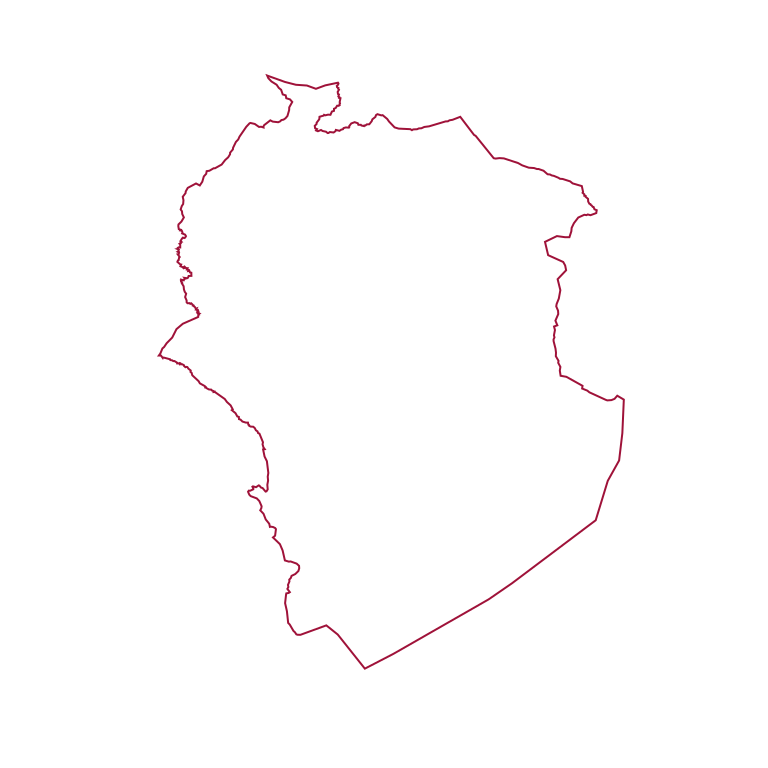 the district of Pru East, Brong Ahafo, Ghana, rotated 107°
{"feature_id": "2480657B24672710685383", "entity_name": "Pru East", "entity_type": "district", "adm_level": 2, "iso_a3": "GHA", "parent_name": "Ghana", "parent_adm1": "Brong Ahafo", "projection": "robinson", "projection_center": [-0.909, 8.134], "detail": "fine", "context": "isolated", "style": "outline", "palette": "rose", "viewbox_px": 768, "rotation_deg": 107, "n_neighbors": 0, "source": "geoboundaries", "source_scale": "gbopen_adm2", "svg_char_len": 6166}
<svg xmlns="http://www.w3.org/2000/svg" viewBox="0 0 768 768"><g transform="rotate(107 384 384)"><path d="M661.8,319.1L639.3,296.1L559.4,221.0L537.1,203.3L452.4,141.7L411.2,141.7L388.4,136.8L361.3,141.7L328.8,150.1L327.0,157.5L330.8,159.2L332.9,161.8L334.4,165.7L334.3,167.4L331.9,185.2L330.9,187.6L330.4,193.2L327.7,193.6L323.8,211.7L324.5,217.5L319.8,219.8L316.1,220.3L312.8,223.6L310.8,223.9L307.2,227.8L303.7,228.7L300.1,230.3L293.5,234.3L291.8,234.9L289.6,234.6L287.8,235.7L282.4,236.3L279.3,238.2L277.2,235.4L273.3,238.6L266.2,237.8L263.0,239.0L259.4,242.0L257.0,242.3L251.2,241.8L242.7,242.8L233.0,248.6L222.0,243.1L217.7,245.4L214.9,248.3L212.8,264.7L201.0,271.6L192.0,261.9L190.7,253.9L189.4,249.6L183.2,249.5L179.8,250.2L174.7,249.4L168.0,246.9L163.6,241.9L163.3,239.7L162.3,238.7L162.2,235.9L158.5,231.0L155.6,231.4L155.4,233.8L153.4,235.4L153.6,236.2L152.5,237.7L152.3,238.7L151.6,239.2L151.6,240.3L149.8,242.1L147.3,243.0L146.0,246.0L145.2,246.2L145.4,247.5L144.1,247.8L143.1,250.0L142.1,249.8L136.9,252.7L137.0,262.3L135.8,265.2L135.7,273.1L136.3,275.8L135.8,277.4L135.3,282.4L135.5,284.6L135.1,286.5L135.6,288.9L133.4,293.8L133.2,299.1L133.7,300.5L133.6,303.6L134.8,308.8L134.5,315.8L133.5,320.4L133.2,335.3L134.2,339.6L135.8,343.2L136.0,345.1L119.9,368.9L119.5,370.7L106.2,389.2L111.3,395.7L112.7,398.5L114.1,399.7L114.9,401.9L124.4,416.2L126.4,420.6L128.5,423.0L129.4,425.4L130.7,426.9L132.0,430.5L133.1,431.5L132.6,433.3L135.5,444.7L135.5,448.9L131.5,456.0L129.6,458.4L127.3,463.9L127.9,465.1L127.9,469.2L129.3,470.3L131.1,470.3L134.3,472.5L136.3,472.6L139.9,474.0L140.8,476.4L142.3,477.4L142.5,478.4L143.2,478.5L143.4,481.2L142.9,481.9L143.6,484.3L142.3,485.3L142.2,488.6L144.4,491.5L147.6,492.7L148.4,492.3L149.1,492.5L149.8,495.5L151.1,497.5L152.3,497.7L153.3,499.3L154.9,500.6L155.1,504.3L156.3,504.3L158.2,505.7L158.9,509.5L160.2,510.5L160.5,511.3L159.7,513.2L160.0,516.7L159.5,518.5L161.6,521.1L161.4,523.1L159.8,522.6L159.6,524.6L157.4,525.7L155.1,524.5L153.8,524.8L149.7,523.3L147.3,523.8L144.9,520.1L144.1,520.0L144.2,518.6L142.8,516.3L142.2,513.9L138.7,513.5L137.4,511.7L135.4,512.3L134.2,510.9L131.6,510.2L131.2,508.7L130.3,507.9L129.5,508.4L128.5,508.1L127.5,508.8L123.4,509.2L123.5,510.6L122.7,510.6L122.4,511.7L120.3,511.7L120.1,512.8L118.2,513.7L115.7,513.1L115.0,514.2L114.2,514.2L113.9,515.6L112.7,516.3L111.1,515.4L109.9,515.4L109.3,516.1L115.6,527.5L121.6,535.4L121.1,545.0L123.6,555.7L124.1,567.0L123.2,585.9L125.4,584.0L127.6,580.1L129.2,574.2L131.6,571.2L132.7,568.4L136.7,565.5L136.7,562.4L139.3,561.0L139.3,557.1L141.1,554.2L147.1,555.5L149.8,554.8L155.9,554.7L158.7,555.9L160.6,557.4L161.6,559.3L163.1,560.0L164.6,561.7L165.6,567.1L165.1,569.8L171.5,574.3L173.0,574.6L173.9,574.2L173.9,576.7L174.7,578.7L173.1,583.6L173.4,588.0L174.0,588.8L178.3,590.9L189.7,594.5L192.8,594.9L195.8,596.4L202.3,597.4L203.8,597.1L207.8,598.8L209.3,598.4L212.8,599.3L216.3,601.4L221.6,603.4L227.1,608.7L227.5,610.0L231.1,613.3L232.3,615.8L235.0,615.5L238.2,617.0L243.7,616.9L248.0,618.2L247.2,622.4L253.8,629.0L257.8,629.9L259.5,629.6L263.8,631.2L266.9,629.5L270.6,628.7L272.9,629.4L276.5,629.5L277.9,627.7L280.5,626.6L283.2,624.1L287.9,625.2L291.5,627.2L293.1,626.9L295.9,625.5L295.9,623.5L296.7,623.7L296.5,622.2L298.0,621.0L299.0,621.1L299.3,617.9L300.5,616.6L302.2,617.0L302.9,617.8L302.8,619.1L304.0,619.7L306.7,620.4L307.3,619.2L307.9,620.0L308.7,619.5L309.7,620.5L310.1,619.7L313.0,618.8L313.4,620.4L314.2,621.0L314.9,620.4L315.3,621.1L315.5,619.5L316.6,619.6L317.2,619.1L317.9,619.9L318.3,618.4L319.8,618.3L320.3,619.2L322.3,616.5L323.2,616.9L325.6,616.6L326.1,617.2L327.6,617.3L329.2,613.8L329.1,612.9L330.9,613.1L331.1,610.9L331.9,609.4L331.5,608.9L330.6,609.7L330.0,609.2L331.0,607.4L330.7,605.7L332.2,606.0L332.1,604.1L333.2,604.2L332.7,603.2L334.0,602.2L333.9,600.8L336.9,599.8L337.8,602.4L339.6,602.5L340.4,603.2L340.8,605.6L341.3,604.7L342.0,605.7L343.4,605.8L343.5,608.2L344.1,607.8L344.3,608.5L345.4,608.0L346.2,606.7L345.7,606.1L346.9,606.7L349.1,604.2L352.0,603.0L354.1,601.5L355.5,599.6L359.0,599.6L361.8,597.2L363.6,596.6L364.2,595.5L363.5,593.5L364.0,592.7L363.2,591.9L364.2,590.0L364.8,589.9L364.7,588.9L365.2,588.8L365.7,587.3L367.1,585.9L366.7,585.4L367.8,585.6L367.6,584.6L368.4,584.1L367.8,583.5L368.9,582.7L369.8,583.4L370.4,581.5L371.0,582.6L371.8,581.3L372.2,581.8L374.2,581.3L385.2,594.0L392.2,598.5L401.5,600.1L408.6,603.8L412.9,605.1L414.8,606.3L420.2,606.8L422.6,607.6L422.0,605.6L423.7,603.3L423.3,603.3L423.1,601.9L422.9,595.8L423.6,595.3L423.3,593.4L423.7,592.3L423.3,591.1L424.1,588.1L424.8,587.8L424.2,586.2L424.7,585.3L423.7,585.3L423.7,584.7L424.4,583.5L424.1,582.6L424.6,580.7L425.2,580.5L426.0,578.8L425.4,578.0L425.3,577.0L426.5,575.6L427.6,572.8L429.0,572.6L429.6,571.2L431.7,569.9L435.5,562.1L437.2,560.3L438.4,554.7L439.5,554.0L439.1,553.4L439.8,552.7L440.4,549.9L439.9,547.5L440.5,546.8L440.6,545.1L441.1,544.9L440.9,544.1L441.4,544.2L441.1,543.4L444.9,531.9L447.1,529.0L449.3,524.4L452.5,521.2L453.5,521.9L455.3,517.5L457.9,514.8L457.9,513.2L460.0,512.4L460.0,510.8L461.3,508.4L461.3,504.7L460.7,502.8L462.6,501.8L462.7,501.0L463.4,500.7L463.7,499.1L463.1,496.5L464.0,494.6L465.7,493.0L466.3,491.1L467.7,490.1L467.9,488.6L475.1,482.7L477.2,482.5L479.8,480.8L481.2,479.0L481.9,480.5L488.3,477.0L492.1,473.4L502.9,468.6L506.6,468.1L510.3,466.6L514.5,466.1L518.8,464.4L521.0,465.0L521.5,465.8L519.0,469.7L519.0,471.3L517.6,473.5L517.6,474.2L520.1,476.2L520.2,479.4L520.7,479.8L522.3,478.3L522.9,478.2L525.2,480.8L525.5,482.1L526.8,482.5L529.2,480.5L530.2,478.7L530.6,472.2L532.4,469.0L536.7,465.3L538.5,465.0L541.0,465.4L543.3,461.3L548.1,457.5L551.2,452.9L554.0,451.3L553.5,450.5L553.2,448.2L553.6,445.9L554.4,444.9L560.9,443.8L563.2,445.3L567.6,436.7L572.8,432.3L581.7,427.2L581.7,423.1L581.0,421.4L581.3,415.0L582.7,412.1L585.0,411.2L587.9,411.2L591.7,413.3L594.5,416.3L596.7,416.4L598.8,417.4L600.5,416.7L604.2,417.1L606.1,416.1L608.2,416.5L610.6,413.2L611.7,414.1L612.8,416.2L614.0,416.1L622.5,414.5L629.7,410.4L640.5,405.8L641.6,403.8L646.6,398.4L647.5,396.5L649.0,394.7L649.1,393.5L648.3,390.6L631.7,368.6L637.1,355.0L661.8,319.1Z" fill="none" stroke="#9f1239" stroke-width="2"/></g></svg>